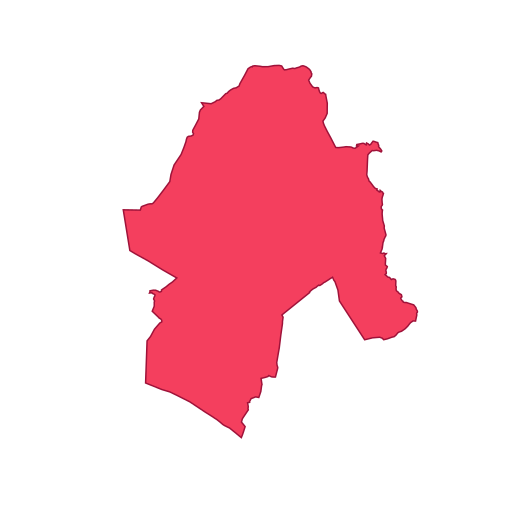 outline of Huiramba, Michoacán, Mexico, rotated 230°
{"feature_id": "50627088B30208829645269", "entity_name": "Huiramba", "entity_type": "district", "adm_level": 2, "iso_a3": "MEX", "parent_name": "Mexico", "parent_adm1": "Michoacán", "projection": "natural_earth1", "projection_center": [-101.469, 19.525], "detail": "fine", "context": "isolated", "style": "filled", "palette": "rose", "viewbox_px": 512, "rotation_deg": 230, "n_neighbors": 0, "source": "geoboundaries", "source_scale": "gbopen_adm2", "svg_char_len": 6061}
<svg xmlns="http://www.w3.org/2000/svg" viewBox="0 0 512 512"><g transform="rotate(230 256 256)"><path d="M393.3,289.2L392.9,288.3L391.5,287.0L389.9,286.8L389.1,285.5L389.6,283.4L391.1,281.1L391.2,279.6L390.1,277.7L388.6,275.8L385.5,270.6L381.9,263.9L378.4,251.8L373.1,243.3L368.4,237.8L365.9,227.4L363.8,218.0L362.6,211.4L362.8,209.9L364.1,208.3L365.1,206.6L367.2,200.8L367.3,199.6L365.5,196.9L376.7,184.0L341.3,162.9L335.7,164.8L321.7,170.2L305.6,175.5L290.1,181.2L289.8,175.3L290.1,172.3L290.2,171.1L290.2,167.3L290.7,162.4L290.7,161.7L290.2,161.4L289.7,160.8L290.0,159.6L290.5,158.8L292.0,158.4L292.4,158.1L294.2,157.2L295.2,156.1L295.8,155.4L296.4,154.4L297.0,153.3L297.5,152.4L296.7,151.7L296.1,150.6L295.4,151.7L294.9,152.7L294.1,152.5L292.5,153.3L291.4,153.7L290.9,153.4L290.4,152.8L290.3,152.2L289.9,151.7L289.4,150.6L288.9,149.9L287.8,149.7L286.7,149.4L286.1,148.4L285.1,147.6L282.9,145.7L280.4,141.0L271.0,142.0L270.4,141.9L269.3,142.6L268.6,142.5L268.0,142.5L267.5,142.5L266.7,142.0L266.1,141.4L266.5,139.3L265.7,134.3L265.2,131.2L262.1,123.4L261.0,118.0L229.7,89.8L214.3,98.0L207.3,102.6L200.0,105.9L186.7,111.6L168.9,116.8L160.5,119.5L158.3,120.1L155.8,120.9L151.9,121.7L148.2,122.3L146.0,123.0L145.6,123.3L144.7,123.6L141.6,125.0L141.4,125.2L140.5,125.3L133.4,126.7L132.4,126.9L132.2,126.9L126.3,128.0L127.8,130.8L129.5,133.6L132.3,138.0L135.5,138.1L138.1,138.1L140.0,140.8L140.4,141.9L143.1,151.2L144.5,152.0L145.4,153.1L146.5,153.8L149.0,155.2L148.0,157.0L148.5,157.2L149.9,160.6L149.2,162.5L148.3,165.2L145.8,167.2L149.1,172.6L153.2,177.1L153.6,177.9L159.0,181.2L157.2,184.8L156.0,187.6L156.0,187.8L156.0,188.0L156.2,188.4L156.2,188.7L156.2,189.0L154.9,189.5L153.5,190.2L152.9,190.7L151.3,192.4L150.8,193.1L155.8,200.1L156.5,200.9L156.8,201.1L158.5,201.8L159.3,202.2L160.1,202.8L160.9,203.2L168.1,211.7L170.6,214.7L179.4,224.1L187.2,232.8L188.8,234.2L191.7,237.4L194.1,237.9L194.2,239.4L193.5,273.6L194.1,273.9L194.2,276.7L194.1,278.5L193.8,280.2L193.4,281.8L193.5,283.8L193.3,285.4L192.9,285.4L192.4,286.0L192.2,287.4L192.0,289.1L192.1,290.7L191.7,292.1L191.5,293.7L191.1,296.7L191.0,298.1L190.5,301.0L187.5,300.1L185.6,300.0L177.3,296.9L167.9,291.0L122.0,285.4L118.4,292.7L114.2,298.6L111.8,299.9L109.8,300.0L108.1,303.4L106.5,307.8L105.4,310.0L105.4,312.4L106.0,315.2L105.8,316.6L104.8,319.1L104.4,323.5L104.7,327.1L105.3,329.7L105.6,331.6L105.3,334.6L103.6,336.4L106.7,340.3L106.9,340.7L107.6,341.3L107.9,341.6L108.4,341.8L108.7,342.1L109.1,342.7L109.2,343.0L109.2,343.3L109.2,343.5L109.7,344.0L110.4,344.3L111.3,344.4L112.0,344.6L112.5,344.6L112.7,344.8L113.1,345.1L113.8,345.3L117.2,345.4L123.8,341.2L124.1,341.0L124.4,340.3L125.1,339.8L125.7,339.3L125.9,339.2L126.2,339.2L126.4,339.3L126.6,339.4L126.8,339.5L127.0,339.5L127.2,339.3L127.5,339.2L128.9,339.3L130.3,339.6L130.6,339.7L130.8,340.0L130.9,340.3L130.9,341.5L131.4,341.8L132.9,342.5L133.3,342.4L133.7,342.2L134.0,342.2L134.3,341.9L135.2,341.8L135.9,341.5L136.1,341.5L137.0,341.7L137.5,341.6L138.1,341.4L138.6,341.3L139.2,341.3L139.6,341.4L140.4,341.9L141.3,342.6L141.8,343.2L142.3,343.6L142.7,343.8L143.3,343.8L147.0,347.1L147.5,347.3L148.1,347.5L148.7,347.5L149.0,347.2L149.7,346.9L150.2,346.5L150.5,346.1L150.7,345.6L150.8,344.9L150.9,344.6L151.3,344.5L152.1,344.6L153.6,344.5L153.9,344.4L154.1,344.3L154.6,343.8L155.3,343.4L155.6,343.3L156.5,343.3L157.4,343.1L158.0,342.9L158.8,342.9L158.9,343.9L158.8,344.1L158.7,344.4L159.2,344.9L160.0,345.5L160.8,345.8L161.6,346.3L162.0,346.9L162.3,347.4L162.5,347.6L162.6,348.3L162.7,348.6L163.5,349.8L164.1,349.7L165.8,349.3L166.9,350.1L170.8,353.8L173.7,354.4L173.8,354.7L173.9,355.3L173.9,355.8L173.9,356.4L174.1,357.3L174.6,356.6L175.1,356.1L175.9,356.0L176.1,355.9L176.3,354.9L176.4,354.7L178.4,353.3L180.2,356.9L181.3,358.3L181.7,358.4L181.7,358.7L184.7,362.0L185.6,363.8L186.2,364.2L187.7,367.4L188.0,368.4L188.7,369.2L195.0,372.1L196.5,373.6L201.8,375.9L203.0,376.8L205.2,378.3L207.2,379.7L208.8,381.2L209.9,382.5L210.1,382.5L210.5,382.2L211.6,382.3L211.7,382.6L212.5,383.0L213.0,383.3L213.3,383.7L213.6,384.4L213.8,385.4L214.1,385.7L214.2,386.0L215.6,386.8L217.5,388.2L218.7,389.1L220.0,390.7L220.8,392.1L222.0,393.8L222.3,393.6L223.5,394.0L223.8,394.0L224.4,393.7L225.0,393.5L226.5,393.3L225.8,392.4L225.6,392.3L225.4,392.0L226.1,391.5L227.2,391.4L228.8,390.9L229.5,391.9L230.3,391.3L231.4,390.8L232.3,390.7L234.2,390.7L239.3,391.0L240.8,390.8L242.9,391.8L244.5,392.0L247.0,393.0L249.6,395.6L258.8,404.0L261.6,406.7L262.0,409.0L262.1,412.8L261.1,413.7L259.5,416.3L257.3,417.9L255.3,418.7L255.6,419.9L257.7,420.2L261.0,420.2L261.8,421.1L263.4,421.6L264.6,422.2L266.3,421.0L267.3,420.5L268.7,419.5L268.1,416.6L267.8,415.8L268.0,414.3L269.9,414.0L271.5,413.3L270.4,411.8L271.9,411.3L272.7,411.1L272.9,411.0L273.5,410.5L274.0,409.8L274.8,408.2L276.6,404.9L275.8,403.8L274.5,405.0L274.8,401.1L276.3,399.8L278.0,399.1L279.3,398.0L279.3,397.9L281.8,395.3L283.2,393.0L286.0,388.8L287.9,386.8L298.4,389.2L305.8,390.7L311.7,392.1L314.4,393.0L316.3,394.0L317.3,397.8L319.5,402.2L322.2,404.5L327.2,408.8L333.5,412.3L335.1,413.3L335.4,413.1L336.8,412.8L337.9,412.8L338.2,412.4L338.4,411.9L338.5,410.6L338.7,410.3L339.1,410.1L340.2,410.1L341.3,410.4L343.5,411.3L344.2,411.7L344.4,411.8L344.6,411.9L345.2,411.6L345.8,411.0L346.1,410.6L346.7,409.5L347.0,409.2L347.8,408.7L349.2,408.1L353.7,408.4L356.9,409.4L357.9,412.8L358.0,413.9L359.6,415.8L359.9,415.9L360.8,416.0L361.2,416.2L362.0,416.7L362.7,416.7L363.9,416.9L365.4,416.8L368.6,416.0L370.8,414.8L371.6,414.2L372.5,412.6L372.7,411.1L373.2,409.8L374.1,407.9L374.6,406.3L376.3,404.8L377.9,401.7L379.2,399.0L380.3,397.4L381.4,397.3L385.1,397.8L387.1,396.3L390.2,392.3L393.3,386.9L396.9,382.6L398.6,381.2L402.5,377.4L403.6,375.6L403.3,374.8L403.9,374.4L404.3,373.1L404.6,370.3L401.7,363.3L398.4,354.5L397.1,352.3L397.6,348.9L398.9,346.5L399.5,343.4L399.6,340.6L399.2,338.7L399.8,337.1L399.1,329.9L399.3,327.8L400.4,326.1L400.4,323.9L401.5,319.5L408.4,312.8L404.1,312.2L403.6,307.3L402.5,305.1L397.8,300.3L395.1,293.8L393.3,289.2Z" fill="#f43f5e" stroke="#9f1239" stroke-width="1.5"/></g></svg>